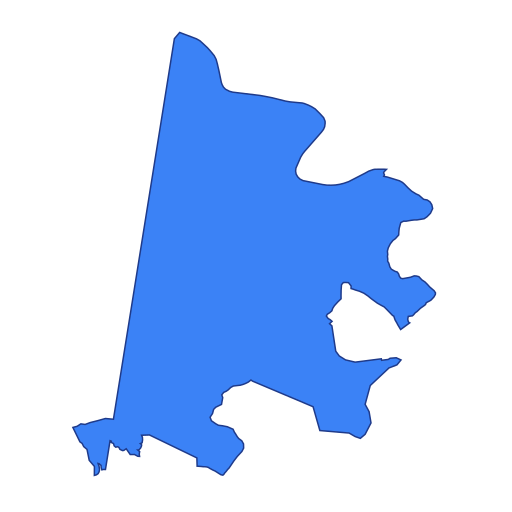 Cherbourg, Queensland, Australia, rotated 91°
{"feature_id": "25037944B27259655099788", "entity_name": "Cherbourg", "entity_type": "district", "adm_level": 2, "iso_a3": "AUS", "parent_name": "Australia", "parent_adm1": "Queensland", "projection": "natural_earth1", "projection_center": [151.944, -26.287], "detail": "fine", "context": "isolated", "style": "filled", "palette": "blue", "viewbox_px": 512, "rotation_deg": 91, "n_neighbors": 0, "source": "geoboundaries", "source_scale": "gbopen_adm2", "svg_char_len": 4104}
<svg xmlns="http://www.w3.org/2000/svg" viewBox="0 0 512 512"><g transform="rotate(91 256 256)"><path d="M467.2,311.2L467.2,310.3L467.3,308.9L467.4,307.1L467.6,305.2L467.6,303.4L467.7,301.9L468.1,300.3L468.5,299.5L469.2,298.4L470.8,295.3L471.6,293.4L472.6,291.7L473.9,289.6L475.3,287.3L475.7,285.3L474.8,284.3L473.5,283.5L472.5,282.6L471.4,281.7L469.9,280.6L468.7,279.4L466.9,278.2L461.2,274.5L456.6,271.1L451.7,266.7L448.3,265.0L444.1,265.2L441.0,267.0L438.8,270.1L437.0,271.6L433.8,273.6L432.6,274.5L429.6,275.9L427.2,281.7L426.3,286.7L425.9,290.6L424.4,293.4L421.5,297.7L418.0,299.1L414.2,296.7L410.1,295.7L407.9,293.6L406.3,290.5L405.0,287.9L398.2,286.8L395.4,287.8L392.9,285.9L391.8,283.5L390.3,281.4L387.9,279.0L386.4,276.4L385.8,272.1L385.5,269.6L384.7,266.9L383.9,264.9L383.2,263.4L382.2,261.5L381.4,260.5L380.1,258.9L381.2,257.2L405.7,196.3L429.4,189.1L431.4,159.8L434.8,153.7L436.5,148.5L432.4,143.8L420.9,138.1L409.7,140.2L402.4,144.3L383.5,139.5L365.6,121.1L362.4,113.2L357.4,109.2L355.3,114.0L355.9,120.2L357.1,121.9L358.1,128.6L356.6,128.9L360.4,155.0L358.3,164.7L354.5,171.0L349.8,174.6L324.5,178.9L322.4,181.3L320.0,178.8L318.4,180.7L317.2,182.8L314.8,184.6L313.0,183.7L311.5,181.4L309.5,179.2L307.0,178.4L304.4,176.8L300.6,173.5L297.3,170.2L293.9,170.3L288.6,170.3L283.2,170.0L281.0,168.2L280.9,166.1L281.0,163.1L282.9,161.5L284.3,160.4L286.9,160.4L287.5,158.2L288.3,155.9L289.4,152.0L291.3,147.5L294.2,143.1L296.7,140.0L299.5,136.0L301.0,133.9L303.0,130.2L304.7,126.9L307.4,124.1L310.5,121.0L313.1,118.4L313.7,117.2L316.5,116.2L317.7,115.7L320.5,114.0L322.2,113.1L327.0,110.1L320.2,101.2L319.9,101.9L318.6,102.7L316.5,103.2L313.7,102.7L313.5,101.2L313.1,98.6L312.0,97.4L309.9,95.7L308.7,94.0L307.0,92.3L305.4,90.7L302.6,86.9L301.6,85.7L299.8,85.0L299.0,83.7L297.9,81.6L296.9,80.1L293.9,77.4L291.3,76.0L289.7,75.9L287.6,77.3L285.8,79.5L283.9,81.8L281.3,84.2L279.0,86.6L277.0,89.7L273.8,92.8L273.2,95.3L273.1,97.5L274.5,101.0L275.0,103.3L276.1,109.0L275.6,111.0L273.6,112.4L271.6,113.0L269.6,114.4L268.8,116.9L266.8,120.5L264.5,122.0L260.8,123.1L258.9,124.3L256.8,124.2L254.0,124.6L252.3,124.3L248.9,124.7L245.5,123.9L241.4,121.9L238.0,119.3L236.2,116.9L232.5,113.7L229.5,113.6L225.8,113.3L220.0,111.8L218.6,109.0L218.6,106.7L218.0,103.5L217.6,101.4L217.2,98.5L217.1,95.7L216.4,91.7L215.8,88.5L213.8,85.7L210.2,82.3L205.5,80.2L201.7,81.1L198.8,83.0L197.0,85.8L196.4,89.4L194.6,91.5L192.4,94.1L191.0,97.3L188.4,101.6L185.2,105.2L181.6,108.8L179.9,110.8L178.3,113.8L174.8,125.9L174.1,129.7L172.6,129.0L170.7,129.9L169.4,129.3L167.1,127.1L167.0,129.4L167.0,129.6L167.2,138.6L167.4,139.7L167.6,140.5L169.2,144.8L171.5,148.8L180.0,164.6L181.8,169.5L182.9,173.7L183.6,177.8L183.9,182.1L183.9,186.3L183.4,190.6L179.8,210.3L178.3,213.4L176.1,215.7L173.4,217.3L170.4,217.9L167.4,217.6L156.3,213.0L152.9,211.0L150.4,209.1L131.1,192.8L129.2,191.4L128.2,190.7L125.5,189.6L122.1,189.2L120.0,189.3L116.5,190.8L114.6,192.6L112.4,194.7L110.5,196.7L107.9,199.4L105.7,203.1L104.2,206.3L102.7,210.4L102.2,212.5L101.8,218.1L101.3,224.6L100.6,229.2L97.5,242.6L96.2,249.9L95.4,254.8L92.6,282.1L91.8,285.3L89.8,289.4L87.7,291.5L85.2,292.9L83.0,293.7L71.4,296.3L67.0,297.4L64.9,297.9L60.1,299.3L56.4,301.3L51.8,305.2L48.6,308.2L45.7,311.4L41.8,315.8L39.9,319.3L38.3,323.7L34.7,333.8L33.8,336.2L39.5,340.9L40.1,341.4L104.2,350.5L327.8,382.3L421.7,395.7L421.1,403.7L423.4,411.4L425.4,418.8L427.4,423.9L426.9,428.2L429.4,431.9L430.6,436.1L444.9,428.8L446.4,426.6L449.6,424.9L452.3,421.6L463.2,419.2L469.2,413.9L478.2,413.8L477.6,411.8L476.4,410.1L474.7,409.2L472.6,408.7L469.2,409.2L466.2,410.3L466.5,409.0L467.3,408.3L468.0,407.3L470.0,407.2L472.5,406.4L472.1,404.8L472.1,402.8L443.2,398.7L443.7,397.4L445.0,397.4L446.0,395.2L448.3,394.5L449.6,392.9L449.1,391.1L449.8,389.7L451.7,388.7L452.9,386.0L452.7,384.8L451.0,382.4L456.7,378.3L456.6,374.0L458.3,370.7L458.4,368.9L456.0,369.3L453.6,368.9L452.0,370.9L451.8,369.5L449.8,367.9L447.7,367.1L446.4,367.2L445.6,368.4L444.7,366.6L441.9,366.2L439.2,366.4L437.2,367.3L436.8,359.4L458.9,311.6L467.2,311.2Z" fill="#3b82f6" stroke="#1e3a8a" stroke-width="1.5"/></g></svg>